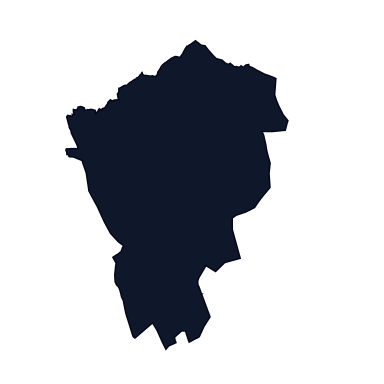 Apeldoorn, Gelderland, Netherlands, rotated 255°
{"feature_id": "6326949B63797534103796", "entity_name": "Apeldoorn", "entity_type": "district", "adm_level": 2, "iso_a3": "NLD", "parent_name": "Netherlands", "parent_adm1": "Gelderland", "projection": "robinson", "projection_center": [5.983, 52.18], "detail": "fine", "context": "isolated", "style": "filled", "palette": "ink", "viewbox_px": 384, "rotation_deg": 255, "n_neighbors": 0, "source": "geoboundaries", "source_scale": "gbopen_adm2", "svg_char_len": 5484}
<svg xmlns="http://www.w3.org/2000/svg" viewBox="0 0 384 384"><g transform="rotate(255 192 192)"><path d="M279.7,302.4L280.1,302.1L280.6,301.6L281.5,300.5L285.3,295.3L286.8,292.9L293.3,285.7L296.4,282.7L298.5,279.8L300.5,279.7L300.7,276.9L299.1,273.7L301.2,272.1L301.0,271.9L300.6,271.1L300.4,270.8L300.5,269.4L300.6,268.8L300.8,268.6L301.5,267.7L301.7,266.9L301.7,266.4L302.0,265.3L306.4,262.2L305.9,259.9L308.0,257.5L311.2,255.4L311.7,255.1L312.0,254.5L312.6,253.4L314.6,249.9L319.0,247.4L322.1,245.9L324.4,244.7L329.9,242.4L331.3,239.0L337.2,234.5L335.1,229.2L334.4,226.5L334.3,226.3L333.9,226.0L333.8,225.7L333.7,225.5L333.8,225.1L334.1,224.8L333.8,224.5L333.4,224.0L332.3,222.8L332.1,222.5L329.6,220.1L328.1,218.9L325.7,215.9L325.5,215.6L325.4,215.3L325.4,214.9L325.5,214.1L325.8,213.8L326.3,213.1L326.6,212.5L327.1,211.3L327.2,210.8L326.6,206.9L325.5,204.2L325.1,202.9L324.9,202.6L324.5,201.7L324.1,200.6L323.4,198.5L322.4,196.6L321.7,195.4L320.6,194.2L319.5,193.3L319.3,193.1L319.1,192.7L318.8,192.4L318.2,192.1L317.9,191.8L317.9,191.6L317.7,191.3L316.8,190.1L316.6,190.0L316.2,189.8L315.6,189.7L315.2,189.4L313.8,188.2L313.5,187.5L313.3,187.0L313.1,186.6L313.1,186.3L313.1,186.0L313.2,185.8L313.4,185.4L314.1,184.5L314.2,184.2L314.4,184.1L314.5,183.8L314.4,183.7L314.5,183.3L314.6,182.7L314.5,182.4L314.6,182.2L314.9,181.4L316.7,177.3L316.8,176.9L316.8,175.9L317.0,175.6L318.7,174.7L318.7,174.8L320.4,174.8L320.4,174.6L320.0,174.4L319.8,174.2L319.6,174.1L319.6,173.8L319.5,173.7L318.9,173.4L318.7,172.4L318.1,171.8L317.9,171.5L317.3,170.9L317.3,170.5L317.1,170.2L316.9,169.9L316.6,169.4L316.5,169.2L316.4,168.4L316.5,168.0L316.5,167.9L316.4,167.8L316.0,167.5L315.8,167.3L315.7,167.1L315.5,166.6L315.3,166.0L315.3,165.9L315.6,165.6L315.6,165.4L315.3,164.9L314.8,163.6L314.6,162.9L314.3,162.3L314.1,161.3L314.0,160.7L313.9,160.3L313.8,160.1L313.7,159.9L313.5,159.6L313.3,159.2L313.0,158.7L312.8,158.2L312.4,157.9L311.9,157.0L312.1,155.9L312.3,155.4L312.4,154.9L312.2,154.5L312.3,153.6L311.9,152.7L311.9,152.2L311.7,151.7L311.7,151.4L311.6,151.1L311.4,150.5L311.3,150.2L311.1,149.8L311.0,149.5L311.0,149.3L311.1,149.1L311.0,148.7L311.1,148.2L310.6,148.1L307.6,147.2L307.4,147.0L306.6,146.1L306.1,145.3L302.1,145.0L301.6,144.9L301.5,145.0L300.3,145.2L300.0,145.4L300.6,142.5L300.7,141.9L300.9,141.1L300.8,139.9L300.7,139.1L300.6,137.8L300.1,137.6L301.2,137.7L301.8,137.5L302.0,137.3L302.1,137.2L302.0,136.7L300.4,134.0L300.2,133.9L299.4,133.5L299.1,133.3L298.1,132.1L297.5,131.3L295.9,129.7L295.7,126.8L295.6,126.7L294.2,125.7L294.4,125.5L295.1,125.1L296.2,124.1L295.4,123.6L295.8,123.1L294.9,122.6L292.8,119.4L292.9,119.1L295.9,119.6L297.6,116.8L297.9,115.9L298.1,115.0L298.1,114.9L298.2,114.4L298.2,114.1L298.1,112.6L298.3,112.4L298.7,112.1L298.3,111.6L298.3,111.4L298.5,110.9L298.7,110.3L298.7,109.9L298.6,109.3L298.8,109.3L299.8,109.6L300.4,109.7L300.7,109.8L301.4,109.5L301.5,109.3L301.6,108.9L301.9,108.3L302.5,108.3L302.6,107.9L303.0,107.1L303.3,106.8L303.4,106.2L303.4,105.4L303.5,104.0L303.3,104.0L301.7,102.5L301.3,102.3L301.1,102.3L301.1,101.7L301.7,100.0L302.4,98.8L301.8,98.6L300.8,98.3L297.9,98.1L297.4,98.1L298.0,96.4L295.9,96.3L296.2,94.9L297.1,94.5L297.1,94.4L297.1,94.0L297.4,93.4L298.2,91.8L297.4,90.7L296.7,90.5L296.5,90.3L296.2,90.2L295.7,90.4L288.8,90.3L288.6,90.4L288.4,90.7L286.6,90.2L285.8,90.2L285.2,90.3L284.1,90.7L283.0,90.9L281.8,90.9L281.2,90.9L280.8,90.9L280.1,90.7L279.9,90.7L279.9,90.8L279.6,90.8L279.2,91.0L278.8,91.1L278.5,91.1L278.2,91.0L277.0,91.3L271.7,92.3L266.9,93.2L264.1,93.2L263.3,93.0L264.2,90.2L265.1,86.9L265.7,83.6L265.9,82.9L266.1,82.4L266.1,82.1L266.1,81.7L265.3,81.1L264.1,81.1L263.4,81.2L263.1,81.3L262.4,81.2L261.1,81.0L260.6,80.9L260.3,82.1L258.4,82.4L258.5,82.8L257.7,82.9L256.9,85.6L256.9,85.8L256.8,86.1L250.9,94.0L247.1,94.1L244.5,94.4L244.4,94.4L243.9,94.4L237.7,94.8L224.5,93.3L219.8,92.7L208.1,95.4L202.4,96.8L185.9,99.6L173.2,102.6L164.6,107.1L163.1,107.9L162.3,108.5L161.6,109.0L161.3,109.4L160.5,109.9L159.6,110.6L158.9,111.2L158.5,111.5L158.1,111.8L157.7,112.2L157.3,111.8L156.8,111.0L156.3,110.5L154.3,109.1L153.4,108.5L152.5,107.7L152.2,106.4L151.5,105.4L151.0,103.7L150.6,102.2L149.4,98.7L142.8,100.3L140.5,99.2L132.1,96.0L125.2,94.5L121.7,95.1L119.7,96.3L119.2,96.4L117.9,96.7L117.1,96.8L115.6,97.0L113.2,96.9L112.1,97.0L109.9,96.8L109.4,96.8L108.9,96.8L108.3,97.0L106.5,97.2L105.3,97.6L95.7,96.9L91.0,96.7L82.2,97.1L69.2,97.6L67.4,97.8L65.7,99.1L75.8,120.0L68.8,122.1L67.1,122.5L60.5,123.6L55.9,124.3L53.2,124.8L46.8,126.1L49.4,129.8L50.6,137.5L52.4,137.4L52.9,137.2L53.2,137.2L55.2,137.5L56.6,137.5L56.8,138.6L60.5,146.0L59.4,149.8L53.9,150.0L49.9,150.2L47.7,150.4L49.8,158.9L49.6,159.0L50.4,161.6L58.9,168.6L66.7,177.1L81.4,175.7L81.8,175.7L90.6,174.9L90.8,175.2L90.9,174.8L98.0,174.2L100.4,173.8L100.9,173.7L104.4,174.4L107.2,176.2L117.3,186.4L109.1,194.2L115.4,205.4L115.5,221.4L145.2,221.2L148.8,222.1L153.6,223.4L156.5,224.2L157.8,227.8L158.0,228.4L158.2,229.3L158.2,229.7L158.4,231.6L158.4,233.2L158.8,238.8L160.8,248.4L166.0,254.4L167.7,256.6L168.6,257.6L168.6,257.9L170.3,260.1L176.2,268.5L183.3,269.9L190.0,271.2L193.6,272.6L195.1,273.2L196.8,273.8L199.2,274.8L199.6,274.9L208.3,274.8L212.0,274.9L213.1,274.9L218.4,275.5L228.0,275.9L232.4,275.3L231.3,279.2L229.7,284.8L227.5,298.1L229.2,299.0L232.7,301.0L234.1,301.8L236.0,303.1L243.2,300.0L251.9,298.2L253.5,297.9L259.3,297.2L262.2,297.1L264.6,297.0L273.1,300.0L279.6,302.3L279.7,302.4Z" fill="#0f172a" stroke="#020617" stroke-width="1.5"/></g></svg>